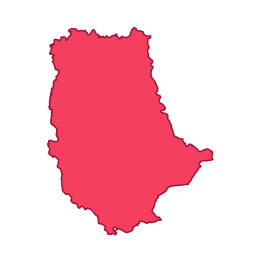 the district of Arévalo, Cerro Largo, Uruguay, rotated 354°
{"feature_id": "84410073B27325052760321", "entity_name": "Arévalo", "entity_type": "district", "adm_level": 2, "iso_a3": "URY", "parent_name": "Uruguay", "parent_adm1": "Cerro Largo", "projection": "albers", "projection_center": [-55.198, -32.737], "detail": "fine", "context": "isolated", "style": "filled", "palette": "rose", "viewbox_px": 256, "rotation_deg": 354, "n_neighbors": 0, "source": "geoboundaries", "source_scale": "gbopen_adm2", "svg_char_len": 5663}
<svg xmlns="http://www.w3.org/2000/svg" viewBox="0 0 256 256"><g transform="rotate(354 128 128)"><path d="M146.7,31.6L146.3,31.2L146.5,30.2L146.4,29.9L145.7,29.7L145.1,28.9L143.9,29.2L142.5,30.3L141.9,31.1L139.3,36.5L137.0,37.7L135.4,37.7L132.0,36.9L131.5,36.2L131.2,36.2L130.9,36.3L130.6,37.7L129.6,37.9L129.1,38.5L127.2,36.0L125.2,35.2L125.1,34.9L125.4,34.4L126.6,34.1L126.6,33.6L126.4,33.5L125.2,33.6L124.4,34.5L121.9,34.5L120.8,35.5L118.9,36.2L118.1,35.9L117.5,35.1L116.0,34.2L115.4,34.4L115.2,35.5L114.9,35.7L113.4,35.4L113.1,34.5L112.6,34.2L111.6,35.1L111.1,35.1L110.1,34.0L109.5,34.2L109.2,35.0L108.8,35.2L108.1,34.4L108.7,33.4L108.6,32.8L108.0,31.9L106.7,31.7L105.9,31.0L105.8,29.5L105.4,29.2L104.7,27.0L104.4,26.8L103.7,26.7L102.1,27.8L100.8,30.3L98.6,31.2L98.2,31.1L97.6,30.6L97.5,29.4L96.5,28.2L95.6,26.4L95.1,26.4L94.4,27.0L94.0,27.0L91.0,26.0L89.8,26.5L88.9,26.4L87.5,25.7L86.5,24.0L84.1,23.8L82.8,23.3L79.5,24.3L79.2,25.7L79.4,26.2L80.1,26.4L81.2,26.1L81.6,26.5L80.9,28.0L80.9,29.6L78.0,31.7L76.6,34.2L75.8,34.2L75.9,32.6L74.5,30.8L71.8,30.5L71.3,30.7L69.7,33.7L69.0,34.1L68.6,34.0L68.3,33.3L65.1,32.3L64.3,32.3L63.7,33.0L64.0,33.8L63.8,34.8L63.0,36.2L62.1,36.5L62.9,37.2L62.7,37.7L61.8,37.9L60.2,37.0L59.7,37.1L59.2,37.7L59.3,38.1L59.9,38.6L59.3,39.1L60.6,39.7L60.9,40.2L59.6,41.8L59.6,43.0L57.9,45.7L58.2,46.4L59.0,46.1L59.5,46.2L60.3,47.1L62.2,47.8L62.0,48.4L61.2,48.7L60.0,49.6L60.1,50.5L60.9,50.9L60.9,52.5L59.8,54.2L60.7,54.8L60.9,56.7L61.4,57.3L61.7,60.0L62.2,61.2L61.8,61.4L61.8,61.8L62.1,62.3L63.2,62.5L64.5,63.2L64.8,63.7L65.2,63.6L64.7,64.8L65.0,66.2L64.6,66.6L64.4,67.3L63.6,67.9L63.2,68.6L62.3,68.9L62.4,69.5L61.9,69.6L61.9,71.8L61.6,72.8L60.7,72.5L60.3,73.1L59.9,73.0L58.9,74.1L58.5,75.0L58.8,75.9L58.4,76.9L57.9,79.3L58.1,79.8L58.0,80.4L57.7,80.9L56.9,81.1L56.7,80.8L56.5,81.5L55.9,81.5L56.3,82.5L56.3,83.3L55.8,83.5L56.1,84.0L55.5,84.1L54.8,85.3L54.9,86.0L55.7,86.2L55.8,86.8L55.2,87.5L54.4,87.4L54.2,88.5L53.6,89.3L53.7,91.1L53.0,91.6L53.2,93.4L52.8,94.0L52.5,95.0L52.7,95.8L52.4,96.9L52.6,97.4L52.0,98.1L52.5,98.2L52.6,98.5L51.9,98.5L51.7,98.7L51.9,99.2L51.8,99.8L52.3,101.2L52.7,100.9L53.1,101.6L54.4,101.7L54.1,102.9L54.8,104.1L54.5,104.4L53.9,103.9L53.4,104.4L53.7,105.0L53.5,106.1L54.1,107.0L53.1,108.0L53.2,108.5L52.7,109.5L52.8,111.0L52.0,111.9L52.1,113.3L51.9,115.5L52.5,116.0L52.8,116.8L53.4,116.8L56.1,119.8L57.0,121.3L56.9,121.8L57.2,122.0L57.6,123.5L56.9,123.4L56.8,125.0L56.6,125.5L56.1,125.9L56.4,126.6L55.9,128.1L56.8,129.7L56.9,130.1L57.4,130.5L57.4,131.4L57.7,131.7L57.1,132.4L56.9,133.3L55.7,134.3L54.6,133.8L53.0,133.8L50.0,132.3L48.6,132.2L48.3,132.8L47.8,132.7L47.5,135.6L47.2,135.9L46.6,135.5L46.6,136.3L46.7,137.2L48.3,141.2L47.1,142.8L46.7,144.5L46.8,145.3L47.0,146.1L49.1,147.4L50.3,149.1L50.8,149.1L51.4,148.2L52.0,148.3L55.5,152.3L55.6,152.9L54.8,156.6L53.7,158.5L53.8,159.2L54.2,159.9L56.6,161.6L56.9,162.2L57.0,164.3L57.5,165.9L57.2,169.0L56.5,170.8L56.4,171.7L56.5,175.3L56.2,176.6L56.4,178.1L56.2,178.8L56.2,179.5L56.8,180.6L56.3,181.7L56.3,182.9L57.1,184.6L59.3,187.4L61.9,187.6L62.8,188.3L63.7,190.1L64.6,191.0L64.8,191.5L63.8,193.8L64.0,195.2L65.5,196.8L66.7,197.3L67.9,197.3L68.9,198.1L69.4,198.6L70.0,201.6L70.8,202.5L71.8,202.5L73.6,200.9L74.3,201.1L75.6,202.2L76.5,204.4L77.5,204.6L78.9,203.6L79.5,203.6L80.7,204.0L83.0,205.6L86.7,211.0L88.5,212.6L88.9,215.2L88.7,219.1L89.0,219.9L89.5,220.2L91.2,220.5L92.3,221.1L93.7,222.1L95.0,223.5L95.2,224.0L94.6,225.0L94.7,225.5L94.2,226.4L94.2,226.9L96.4,228.5L96.8,229.8L96.7,231.1L97.2,231.4L100.1,231.9L102.3,231.2L102.9,231.4L103.6,232.6L104.2,232.7L105.2,232.1L105.6,231.2L105.0,230.3L105.0,228.9L104.6,228.7L103.4,229.1L103.0,228.8L103.5,228.0L102.7,227.0L102.7,226.4L102.8,225.9L103.4,225.6L104.8,225.5L106.1,226.1L106.3,227.4L106.1,227.9L106.5,228.0L108.4,227.1L109.6,227.7L110.0,228.2L111.3,228.9L114.1,231.1L115.5,231.8L116.4,231.8L119.3,231.2L121.2,230.5L121.9,229.9L122.5,227.4L124.0,227.0L124.5,226.2L125.3,225.7L126.8,225.6L127.5,225.9L127.8,225.3L127.7,224.6L129.2,223.9L129.5,223.5L129.7,222.3L130.5,221.6L134.8,223.5L136.0,224.5L137.6,224.6L139.6,223.5L141.1,224.5L142.9,224.4L143.8,223.9L145.1,224.2L147.9,222.8L151.2,222.9L149.8,220.0L148.5,220.1L147.1,219.1L146.0,217.8L145.1,215.8L143.3,213.8L143.2,213.1L143.9,211.3L145.6,209.5L147.2,204.3L148.3,203.3L149.3,201.3L151.0,200.2L150.7,198.4L154.0,197.3L158.2,195.2L160.0,193.8L160.6,191.9L164.6,190.3L182.1,190.2L182.7,188.8L184.6,187.6L185.7,185.4L189.1,181.4L190.4,179.5L192.0,178.1L194.4,175.1L196.5,173.9L195.5,172.4L195.3,171.1L195.7,170.0L196.7,169.1L198.1,168.5L201.0,168.4L202.4,168.9L205.0,168.4L207.0,168.7L208.9,168.2L208.0,165.3L208.9,163.8L209.4,161.6L209.1,160.2L207.4,158.8L205.0,157.2L202.7,157.3L197.6,159.0L196.4,158.9L194.5,156.0L189.3,151.1L187.4,150.5L186.1,151.7L184.4,152.3L183.6,152.0L183.5,149.5L181.7,147.9L181.0,145.7L181.3,144.7L179.3,144.3L177.6,143.6L173.2,140.7L172.4,137.6L171.9,133.7L171.2,132.1L171.4,130.0L169.4,124.5L168.5,123.4L168.9,119.4L168.0,118.2L166.7,117.4L163.6,116.4L162.3,115.5L162.0,114.8L162.6,114.2L165.2,114.1L166.2,113.6L167.0,112.8L167.1,111.7L165.0,108.1L163.4,107.2L161.6,105.3L161.8,103.6L163.5,101.0L163.6,100.0L162.5,98.9L161.0,98.2L160.0,97.5L159.4,96.5L160.1,95.1L161.0,94.5L161.6,92.9L161.7,91.2L159.5,84.5L156.7,80.0L156.4,78.3L156.7,75.1L157.3,73.0L159.1,70.4L159.3,69.7L157.4,68.1L157.3,66.7L159.2,65.7L159.6,64.2L158.5,62.3L156.9,61.2L155.8,59.5L155.9,57.2L155.5,53.9L155.5,52.4L157.3,50.5L157.3,49.2L156.3,46.6L157.0,41.7L157.5,41.3L159.1,41.1L159.8,40.5L160.2,39.3L160.0,38.8L157.7,38.7L155.9,38.3L153.7,36.7L153.1,34.0L150.5,32.7L148.8,32.6L146.7,31.6Z" fill="#f43f5e" stroke="#9f1239" stroke-width="1.5"/></g></svg>